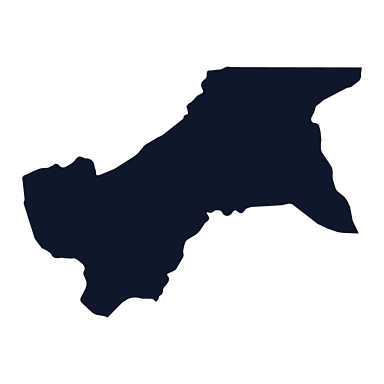 SVG path tracing the border of Moyen-Ogooué
{"feature_id": "GAB-2621", "entity_name": "Moyen-Ogooué", "entity_type": "Province", "adm_level": 1, "iso_a3": "GAB", "parent_name": "Gabon", "parent_adm1": "", "projection": "orthographic", "projection_center": [10.538, -0.51], "detail": "fine", "context": "isolated", "style": "filled", "palette": "ink", "viewbox_px": 384, "rotation_deg": 0, "n_neighbors": 0, "source": "natural_earth", "source_scale": "10m", "svg_char_len": 3195}
<svg xmlns="http://www.w3.org/2000/svg" viewBox="0 0 384 384"><path d="M361.0,68.2L360.2,73.6L360.4,76.0L359.8,78.2L358.9,80.0L355.6,82.7L353.7,84.0L351.3,86.0L349.4,86.7L346.6,87.2L323.1,99.5L320.6,101.7L316.4,104.9L315.0,106.5L313.6,111.7L310.8,117.0L310.3,118.6L310.4,120.1L310.9,121.5L311.5,122.3L312.4,123.2L313.8,123.6L315.4,123.8L316.9,124.3L318.0,125.4L318.6,126.6L319.9,132.3L320.6,139.8L320.1,144.6L320.1,148.5L320.4,150.2L320.9,151.9L321.8,153.5L330.5,166.5L331.3,168.2L331.8,170.4L332.0,173.0L331.8,177.2L332.2,179.8L334.8,188.4L335.7,190.3L337.1,191.9L343.3,197.0L344.8,198.6L346.8,201.6L349.3,207.0L351.9,220.5L352.5,222.2L357.6,232.7L343.0,232.1L337.6,231.3L327.7,227.8L318.0,223.2L292.4,203.4L290.1,202.9L288.2,203.0L281.4,204.5L251.4,206.2L248.1,207.1L246.3,207.8L244.8,208.9L242.6,211.7L241.2,212.5L239.7,212.1L236.1,209.6L234.4,209.6L232.9,210.5L230.8,213.4L229.3,214.6L227.1,215.2L225.3,214.8L223.8,213.6L222.9,212.1L221.5,210.4L219.7,209.7L217.2,209.4L215.4,209.6L213.7,210.3L212.5,211.4L210.7,212.2L206.7,211.3L205.8,212.1L205.9,213.4L207.9,216.6L208.4,218.1L208.0,219.5L206.8,220.6L205.4,221.7L204.0,223.2L199.2,230.4L197.6,232.1L195.7,233.8L187.2,238.9L185.6,240.3L184.6,241.8L183.1,247.0L182.5,250.4L182.4,252.0L182.9,255.2L182.5,256.8L175.7,268.4L174.9,269.3L173.6,270.1L167.4,273.0L166.6,273.7L166.3,274.2L166.3,275.0L167.0,276.2L167.9,277.5L168.3,279.1L168.0,280.7L167.1,282.4L164.8,285.5L163.4,286.9L162.5,288.5L162.2,290.0L162.1,291.6L161.7,293.1L160.8,294.4L159.0,295.1L158.3,296.5L157.9,298.0L157.3,299.5L156.0,300.8L154.1,299.1L152.3,298.0L142.4,297.9L138.4,297.0L135.8,296.7L131.6,297.0L129.0,297.7L126.8,298.7L121.8,301.9L107.4,316.6L104.7,315.4L96.9,314.1L96.0,313.8L94.6,313.2L93.1,312.3L82.8,302.8L81.3,301.0L81.1,299.4L81.5,297.9L85.8,289.7L87.0,286.3L87.3,284.5L87.3,282.8L87.1,281.1L84.3,274.5L84.1,273.6L84.2,272.5L85.4,269.5L85.5,267.9L84.9,265.9L83.5,263.8L77.7,259.0L75.6,257.9L74.0,257.5L70.7,257.8L64.4,257.4L63.0,257.1L62.0,257.0L57.5,257.4L55.8,257.3L54.2,256.8L52.8,255.6L51.9,253.8L50.2,252.0L49.5,251.6L47.9,250.4L45.8,249.1L42.2,247.5L35.4,238.3L24.4,203.4L25.4,199.3L23.0,177.8L24.0,176.4L25.3,175.7L27.0,175.2L33.5,171.9L40.3,169.3L41.9,168.9L46.9,168.7L48.6,168.4L52.7,166.3L55.6,164.5L57.2,164.8L60.6,167.7L62.5,168.3L65.3,167.9L70.4,165.1L73.3,163.1L75.4,160.9L76.7,159.3L78.4,157.6L80.0,157.2L81.8,157.7L83.4,158.5L85.0,159.1L88.2,159.3L89.8,159.9L91.2,160.8L92.5,162.2L93.2,163.7L94.3,168.7L95.0,170.3L95.3,173.6L95.6,175.1L96.5,176.1L99.5,175.9L114.7,169.6L134.9,156.8L138.6,153.7L144.2,146.8L146.2,145.1L158.1,138.0L161.2,136.7L163.2,135.5L183.4,119.6L184.2,118.8L184.2,118.0L184.3,117.1L184.7,116.2L185.8,115.6L187.2,115.2L188.0,114.9L188.6,114.2L188.7,113.5L188.6,111.9L187.9,108.6L187.3,106.8L187.3,106.4L189.2,104.1L192.0,102.5L195.4,99.0L197.2,96.8L198.6,95.8L203.2,93.5L204.0,91.9L203.9,90.5L202.4,87.4L202.0,86.2L201.9,85.6L201.9,84.2L202.0,83.7L202.1,83.2L202.7,82.2L203.1,81.7L206.0,79.1L206.6,78.3L207.2,77.3L207.5,76.1L207.5,73.7L207.7,72.1L208.1,71.6L209.1,71.2L211.5,71.2L218.1,70.4L219.2,70.4L221.7,69.9L226.8,67.5L227.4,67.4L228.1,67.4L231.2,67.9L361.0,68.2Z" fill="#0f172a" stroke="#020617" stroke-width="1.5"/></svg>